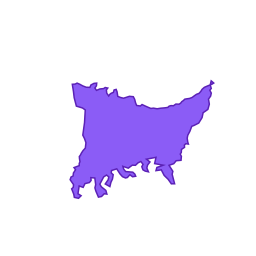 the district of Tucunduva, Rio Grande do Sul, Brazil, rotated 307°
{"feature_id": "56859067B60578081820335", "entity_name": "Tucunduva", "entity_type": "district", "adm_level": 2, "iso_a3": "BRA", "parent_name": "Brazil", "parent_adm1": "Rio Grande do Sul", "projection": "equal_earth", "projection_center": [-54.433, -27.632], "detail": "fine", "context": "isolated", "style": "filled", "palette": "violet", "viewbox_px": 256, "rotation_deg": 307, "n_neighbors": 0, "source": "geoboundaries", "source_scale": "gbopen_adm2", "svg_char_len": 2479}
<svg xmlns="http://www.w3.org/2000/svg" viewBox="0 0 256 256"><g transform="rotate(307 128 128)"><path d="M129.4,57.2L124.3,62.5L119.8,66.8L114.4,73.6L115.6,76.9L116.6,79.6L116.7,83.0L106.2,90.0L95.1,96.2L93.4,99.6L90.9,103.3L88.3,104.8L86.3,106.0L82.9,105.7L79.7,105.9L77.8,106.3L75.9,106.3L74.2,107.8L72.2,109.9L70.3,110.4L68.6,111.7L63.9,108.7L63.1,111.2L59.2,111.5L56.7,113.0L54.5,112.0L51.9,112.9L50.0,118.6L47.6,120.0L45.5,119.6L42.5,124.5L40.3,126.9L42.1,130.8L45.7,131.3L45.4,127.6L52.3,123.9L53.6,127.9L57.7,127.1L61.2,130.0L63.9,130.1L66.0,128.2L68.1,131.6L63.3,136.3L60.3,137.6L58.4,140.1L55.0,146.0L57.4,148.1L61.2,148.6L62.5,150.9L64.8,147.9L65.0,142.1L66.2,139.3L74.3,138.0L77.5,139.2L77.4,142.1L74.7,143.3L69.6,143.5L70.3,148.8L74.2,147.1L77.9,146.3L81.8,144.3L82.0,141.7L84.1,140.4L88.6,143.6L86.5,149.3L85.8,152.9L86.6,156.1L88.1,157.3L91.8,157.6L91.8,161.0L94.1,163.2L95.3,161.2L95.6,158.4L91.8,152.3L92.6,149.2L94.3,147.0L96.1,152.4L100.9,153.8L102.7,156.4L106.3,157.0L109.0,158.4L108.0,161.9L105.4,162.3L103.6,165.1L103.9,167.6L105.3,170.7L107.4,167.1L110.3,165.9L114.1,166.0L114.2,161.5L121.4,168.0L115.6,170.7L119.5,178.5L116.9,176.9L113.9,174.8L110.8,176.0L114.6,179.8L111.9,185.4L111.2,190.9L109.5,196.2L111.5,198.8L117.6,191.1L120.4,189.9L122.9,183.2L127.0,186.0L130.9,186.2L134.1,189.8L137.5,187.7L138.6,185.4L140.5,185.3L143.1,183.6L146.6,184.8L148.3,183.3L150.2,183.6L151.5,185.9L152.9,184.0L155.5,181.4L158.2,180.1L162.6,179.4L167.7,177.9L169.8,179.2L174.5,181.5L180.9,180.9L185.4,178.8L190.9,180.6L196.0,178.6L199.5,174.9L203.2,174.8L206.0,173.5L207.4,170.6L209.7,170.7L211.9,167.7L210.1,166.6L208.2,165.5L206.4,164.5L203.5,163.9L201.0,164.1L198.4,163.9L196.1,162.4L193.3,161.5L190.9,160.8L188.6,159.3L186.9,157.6L185.2,156.0L183.2,155.7L181.4,155.1L179.6,155.1L177.8,154.5L175.9,151.8L173.1,150.9L171.8,148.9L170.2,147.7L168.4,147.4L166.1,145.1L163.4,142.1L160.9,139.7L159.2,136.4L157.4,134.5L156.6,131.4L155.9,128.4L155.2,125.1L153.0,124.6L151.2,121.3L152.8,118.7L154.9,116.1L156.2,113.4L154.2,110.1L149.1,106.5L147.9,103.7L147.1,100.8L150.3,97.5L151.7,95.3L150.0,94.0L147.6,94.9L145.7,93.7L143.9,93.2L142.0,93.3L143.0,90.1L145.4,87.8L147.7,87.8L146.6,85.4L144.8,84.8L142.2,82.0L139.1,80.2L140.0,77.5L142.7,77.4L145.0,76.0L143.2,74.0L140.1,72.5L137.5,73.1L135.4,70.1L134.4,66.5L133.9,63.1L133.2,60.3L131.3,59.4L129.4,57.2ZM211.9,167.7L213.6,168.7L215.5,169.4L215.7,166.1L211.9,167.7Z" fill="#8b5cf6" stroke="#5b21b6" stroke-width="1.5"/></g></svg>